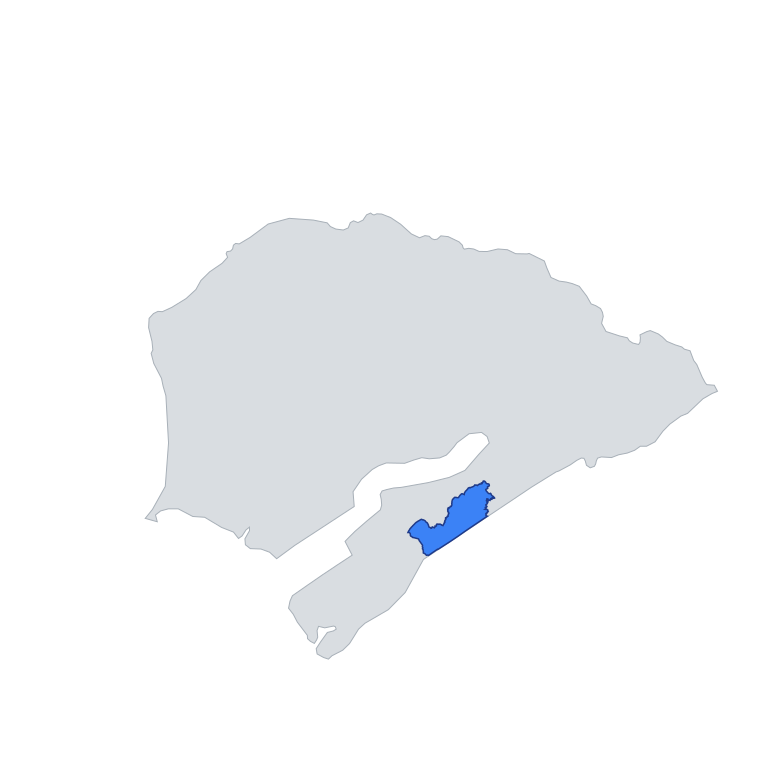 location of Kolda, Kolda, Senegal, rotated 326°
{"feature_id": "50182788B77977720497228", "entity_name": "Kolda", "entity_type": "district", "adm_level": 2, "iso_a3": "SEN", "parent_name": "Senegal", "parent_adm1": "Kolda", "projection": "mercator", "projection_center": [-14.609, 12.87], "detail": "fine", "context": "in_parent", "style": "filled", "palette": "blue", "viewbox_px": 768, "rotation_deg": 326, "n_neighbors": 0, "source": "geoboundaries", "source_scale": "gbopen_adm2", "svg_char_len": 8693}
<svg xmlns="http://www.w3.org/2000/svg" viewBox="0 0 768 768"><g transform="rotate(326 384 384)"><path d="M577.3,356.9L585.7,371.7L583.9,378.8L582.0,389.1L586.7,396.6L592.2,401.5L596.2,406.0L600.5,412.2L601.2,424.5L600.5,433.4L603.3,437.4L605.7,442.5L605.2,446.7L603.6,450.5L598.3,455.4L597.4,464.6L606.1,475.8L611.6,481.8L611.5,485.3L613.1,489.1L617.2,493.6L619.7,492.5L622.5,488.9L623.7,486.4L631.1,487.5L634.6,488.6L639.4,495.9L641.1,500.8L642.3,506.8L647.3,514.4L651.6,519.8L652.5,523.1L656.3,527.6L653.9,537.7L654.2,542.8L651.6,556.3L651.0,562.6L651.2,565.0L657.1,569.7L656.4,576.5L650.5,575.3L640.1,574.6L619.3,578.1L612.1,576.6L598.5,577.1L588.8,579.1L576.4,583.5L566.8,582.4L561.6,578.9L554.8,579.1L547.1,577.3L539.0,573.9L531.5,572.2L523.4,566.0L519.6,564.9L517.0,566.5L514.8,568.6L512.4,569.9L508.1,568.8L506.4,564.6L507.8,560.5L508.2,557.4L506.1,555.7L501.2,555.1L493.2,555.2L480.4,553.9L477.5,553.1L448.8,552.0L419.0,551.9L393.7,551.8L361.9,551.7L339.5,551.6L318.6,551.5L302.4,559.8L285.0,568.7L261.5,573.5L234.4,571.7L225.8,573.0L216.9,577.0L210.3,579.9L201.0,581.6L188.9,580.2L184.1,581.0L181.0,577.0L177.6,570.4L179.8,565.5L187.1,562.4L198.1,558.3L203.9,560.4L207.3,560.5L207.9,557.9L206.9,556.5L198.5,553.0L194.2,548.3L190.6,551.0L187.5,556.8L185.0,558.5L181.2,560.1L179.1,556.2L178.2,552.4L179.9,549.5L179.0,533.0L180.0,524.2L179.5,516.5L184.7,511.4L189.7,508.3L209.0,508.0L227.0,507.8L244.3,507.9L261.9,508.1L263.7,492.7L269.3,491.5L277.7,489.9L293.2,488.0L310.6,486.3L314.3,483.2L317.2,478.1L319.0,473.5L322.6,471.6L327.4,473.1L333.8,475.6L340.4,479.3L348.0,482.7L353.0,484.9L365.1,490.3L385.8,497.9L402.8,500.9L423.4,495.3L438.3,491.8L440.1,485.2L437.8,478.7L426.7,472.8L411.7,473.5L407.1,475.1L400.1,477.0L395.8,477.8L388.8,476.4L379.7,471.3L374.1,466.2L366.2,463.7L356.8,461.3L341.7,450.7L333.8,448.8L326.4,448.3L312.1,450.4L298.1,456.0L290.8,468.9L276.8,468.7L247.1,468.3L219.8,467.9L197.3,468.8L195.1,459.5L189.7,452.0L181.1,445.7L179.2,439.8L182.1,434.6L190.5,430.4L192.4,427.4L188.0,427.8L181.4,430.6L177.0,430.7L176.4,422.6L169.1,412.0L160.8,394.2L151.4,386.9L143.6,372.4L135.4,366.9L127.8,364.3L121.3,364.8L119.0,371.4L110.9,361.9L121.9,358.5L145.4,346.6L172.4,312.4L196.6,271.8L199.7,262.2L202.7,254.9L204.6,238.3L208.1,228.4L211.4,226.5L215.5,218.9L220.4,205.6L226.0,198.2L232.3,196.7L237.2,197.4L240.7,200.1L250.9,201.8L267.8,202.5L280.9,200.5L290.1,195.8L302.3,193.5L317.3,193.4L325.2,191.5L326.0,187.7L327.9,186.5L331.1,188.0L334.0,187.4L336.8,184.7L339.6,184.5L342.3,186.9L354.9,187.6L377.4,186.6L398.1,193.7L417.1,208.6L427.0,218.6L427.6,223.5L430.7,228.6L436.4,233.6L441.6,234.6L446.3,231.4L450.0,231.7L452.7,235.6L458.2,236.4L464.2,234.0L468.5,234.8L469.3,237.1L470.3,238.3L473.2,238.9L477.1,241.8L482.6,249.8L487.1,260.8L490.6,274.9L495.2,282.6L500.9,283.9L504.1,286.8L504.8,290.2L506.5,292.5L509.2,293.7L514.0,293.0L519.6,297.7L525.7,308.1L526.6,312.8L525.7,315.3L526.0,317.1L530.1,318.9L533.9,322.3L537.0,327.3L543.7,331.9L554.0,335.8L561.4,341.7L566.0,349.6L575.4,356.2L577.3,356.9Z" fill="#d9dde1" stroke="#a8b0b8" stroke-width="1"/><path d="M325.1,551.0L335.9,550.9L336.0,551.2L336.7,551.3L350.4,551.6L360.1,551.6L369.6,551.4L377.2,551.4L395.8,551.4L395.3,550.7L394.7,549.5L394.9,549.7L395.1,549.7L395.5,549.3L396.2,549.0L396.0,548.5L396.2,548.4L396.8,548.7L397.1,548.5L397.0,548.2L397.0,547.6L397.1,548.2L397.2,548.4L397.5,548.5L397.9,548.4L397.9,548.0L398.1,547.9L398.6,548.0L399.0,547.9L398.8,547.5L398.9,547.3L399.0,547.3L399.5,546.9L399.6,546.7L399.6,546.4L399.2,545.9L399.2,545.3L399.0,544.9L398.9,544.7L398.1,544.8L397.9,544.6L398.4,544.7L398.6,544.4L398.6,543.6L398.6,543.4L398.9,543.0L399.1,543.0L399.2,543.4L399.4,543.5L399.7,543.5L400.1,543.5L400.9,543.1L400.9,542.9L400.9,542.7L400.6,542.3L400.6,542.2L400.6,541.7L400.8,541.4L400.9,541.1L401.3,541.0L401.7,541.2L402.0,541.1L402.2,540.9L402.5,540.9L403.5,540.4L403.7,540.1L404.0,540.1L404.2,539.9L404.2,539.7L404.1,539.4L403.9,539.4L403.4,539.8L403.3,539.7L403.6,539.5L403.7,539.1L403.7,538.9L403.8,538.7L403.7,538.5L403.6,538.1L404.1,538.0L404.7,537.6L404.8,537.6L405.0,537.8L405.3,537.4L405.3,537.2L404.9,537.1L404.8,536.9L405.1,536.7L405.6,537.1L405.9,537.6L405.6,537.9L405.5,538.9L405.6,539.1L405.9,539.0L406.2,539.1L406.8,539.8L406.9,539.7L407.0,539.4L407.2,539.5L407.7,539.2L408.2,538.9L408.3,539.1L408.1,539.1L407.8,539.2L408.0,539.5L408.3,539.6L408.7,539.5L408.9,539.8L409.1,539.9L409.3,539.7L409.5,539.6L409.7,539.3L409.4,539.1L409.5,538.9L409.4,538.8L409.5,538.8L409.8,538.9L410.2,538.9L410.2,539.1L410.6,539.7L411.1,540.2L411.9,540.4L412.0,540.1L411.8,539.1L411.8,538.9L411.7,538.3L411.5,537.8L411.2,537.4L411.1,536.8L411.1,536.5L411.0,535.8L411.3,534.6L411.2,534.4L411.1,534.1L410.3,534.0L409.7,533.6L409.3,532.6L409.3,531.3L409.1,531.1L409.0,530.2L409.1,529.3L409.2,528.5L409.5,528.3L410.8,528.5L411.2,528.4L411.5,528.5L411.8,528.4L411.8,527.8L412.0,527.6L412.2,527.2L412.4,527.0L412.8,527.0L413.3,527.3L413.6,527.4L414.1,527.3L414.6,527.0L414.8,526.6L415.0,525.8L415.0,525.6L414.4,524.9L414.2,524.7L413.9,524.6L413.6,524.2L413.4,523.9L413.2,523.2L413.3,522.4L413.2,522.0L413.3,521.8L413.1,521.5L413.1,520.8L412.9,520.6L412.4,520.4L412.3,520.2L412.1,520.3L411.9,520.2L411.7,520.1L411.4,520.6L410.5,520.7L410.1,521.0L409.9,520.8L409.6,521.4L409.3,521.4L409.1,521.3L408.9,520.8L408.7,521.0L408.1,520.9L407.6,520.7L407.5,520.4L407.1,520.5L406.9,520.5L406.1,520.1L405.5,520.3L404.9,520.5L404.8,520.2L404.3,519.9L403.9,519.2L403.6,519.1L403.1,518.9L402.9,518.5L402.0,518.8L401.5,518.9L400.5,518.9L399.4,518.6L399.1,518.6L398.6,518.4L397.8,518.2L397.5,518.3L397.2,518.2L396.9,517.8L396.9,517.6L396.7,517.5L395.5,517.4L394.8,517.8L394.1,517.9L393.3,518.2L391.5,518.5L390.9,518.8L390.5,519.0L389.8,519.3L389.3,519.8L388.7,520.5L387.6,518.9L387.5,518.7L387.1,518.5L386.9,518.5L386.6,518.4L386.1,518.6L384.6,518.8L384.0,519.1L382.8,519.5L382.3,519.8L381.8,519.6L381.0,519.1L380.5,518.5L380.4,518.3L380.0,518.0L379.9,518.0L379.2,517.5L378.9,517.5L378.1,517.7L377.8,517.7L377.4,518.0L376.9,518.0L376.5,517.9L376.3,518.0L374.8,519.2L374.2,520.0L374.0,520.4L373.9,520.5L373.6,520.6L373.3,521.0L373.1,521.5L372.8,521.9L372.7,522.1L372.6,522.3L372.1,522.5L371.5,523.0L371.2,523.1L370.9,523.0L370.6,522.6L370.1,522.9L369.7,522.9L369.2,523.2L368.6,522.7L368.3,522.7L368.1,522.7L368.4,523.1L368.1,523.3L367.7,523.2L367.2,523.5L366.9,523.4L366.7,523.5L366.6,524.0L366.3,524.5L366.0,524.6L365.7,525.0L365.7,525.3L365.7,525.7L365.6,526.1L365.8,526.3L365.7,526.7L365.7,526.8L365.4,526.9L365.4,527.4L365.1,527.4L364.8,527.9L364.4,528.0L364.1,528.4L363.7,528.6L363.5,528.9L363.4,529.2L363.2,529.4L363.0,529.2L362.4,529.1L362.2,529.5L361.7,529.6L361.3,529.5L360.9,529.8L360.6,529.9L360.2,529.4L360.0,529.6L359.7,530.1L359.5,530.8L359.1,531.0L358.6,531.0L357.5,531.7L357.6,532.0L357.4,532.2L357.3,532.5L357.2,532.5L356.6,532.8L356.3,533.0L356.0,532.9L355.5,533.5L355.2,533.5L354.5,533.8L354.2,534.1L353.9,534.1L353.7,534.3L353.0,533.5L352.9,532.7L352.5,532.3L352.4,531.8L352.0,531.7L351.8,531.5L351.7,531.2L351.0,531.0L350.8,530.9L350.5,530.3L350.4,530.2L350.0,530.1L349.6,529.8L349.4,530.1L349.2,530.0L349.1,529.9L348.9,529.9L348.5,530.1L348.1,530.9L347.8,530.9L347.7,530.9L347.6,530.7L347.4,530.7L347.0,530.8L346.8,530.4L346.7,530.5L346.7,530.8L346.2,530.9L345.9,531.2L345.4,531.4L345.2,531.1L345.0,530.7L344.5,530.4L344.4,529.7L344.1,529.5L343.7,529.5L343.4,529.8L342.7,530.1L342.3,529.9L342.4,529.7L342.1,529.0L341.9,528.6L341.8,528.4L341.4,528.0L341.3,527.8L341.8,526.0L342.0,525.7L342.0,525.1L342.1,524.7L342.2,524.0L342.2,523.1L342.1,522.8L341.7,522.4L341.6,520.4L341.0,519.2L340.8,518.8L340.2,518.4L339.9,518.0L339.6,517.5L339.6,517.3L339.1,517.0L338.7,517.0L337.6,516.9L336.6,516.9L336.1,516.8L335.6,516.8L335.3,516.7L335.1,516.8L334.4,516.7L333.6,516.8L333.4,516.7L332.9,516.8L332.4,516.8L331.2,517.1L329.2,517.5L328.5,517.6L328.1,517.8L327.3,517.9L326.4,518.1L326.2,518.1L325.9,518.3L325.5,518.4L325.4,518.4L324.8,518.5L323.9,518.9L323.4,519.2L323.1,519.3L322.9,519.4L322.1,519.7L321.6,520.1L321.4,520.1L320.8,520.5L321.7,521.1L321.9,521.3L322.0,521.7L322.1,522.4L322.1,522.8L321.3,524.0L321.1,524.6L321.2,525.3L321.5,525.6L321.8,526.5L321.8,526.9L322.0,527.3L322.2,527.6L322.5,527.7L326.0,531.7L326.0,531.8L325.9,532.5L325.7,533.2L325.6,533.8L325.7,534.5L325.7,535.8L325.8,538.7L325.7,539.3L325.4,539.7L324.8,540.3L324.7,540.5L324.7,541.2L324.6,541.5L324.3,541.8L323.9,541.9L323.7,542.1L323.7,542.5L323.8,542.9L323.8,543.3L323.4,543.8L322.8,545.1L322.2,545.9L322.1,546.2L322.2,546.3L322.5,546.6L322.6,546.9L323.1,547.8L323.3,549.4L323.5,549.9L323.7,550.0L323.9,550.0L324.2,550.1L324.6,550.3L325.0,550.7L325.0,550.8L325.1,551.0Z" fill="#3b82f6" stroke="#1e3a8a" stroke-width="1.5"/></g></svg>